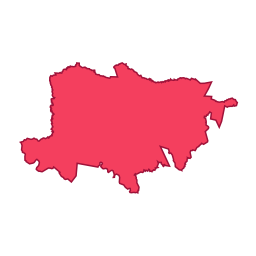 outline of Rosario, Chihuahua, Mexico, rotated 189°
{"feature_id": "50627088B90128924011430", "entity_name": "Rosario", "entity_type": "district", "adm_level": 2, "iso_a3": "MEX", "parent_name": "Mexico", "parent_adm1": "Chihuahua", "projection": "mercator", "projection_center": [-106.293, 27.279], "detail": "fine", "context": "isolated", "style": "filled", "palette": "rose", "viewbox_px": 256, "rotation_deg": 189, "n_neighbors": 0, "source": "geoboundaries", "source_scale": "gbopen_adm2", "svg_char_len": 5857}
<svg xmlns="http://www.w3.org/2000/svg" viewBox="0 0 256 256"><g transform="rotate(189 128 128)"><path d="M59.6,184.1L63.6,183.4L69.7,187.3L69.1,186.3L73.1,187.0L74.0,185.2L77.9,186.2L79.1,185.6L79.5,186.1L80.8,186.3L83.1,185.8L83.3,185.4L83.9,185.8L84.9,185.3L85.6,184.4L86.3,184.3L86.8,183.6L86.7,183.1L88.6,182.9L89.9,183.3L89.8,182.5L90.5,182.2L92.6,182.2L93.6,183.0L93.9,181.7L95.2,181.8L94.9,180.9L95.2,180.6L95.9,180.7L96.4,181.3L97.5,180.4L98.6,180.4L98.5,179.5L99.2,179.7L100.2,178.8L100.8,179.2L101.9,178.1L102.5,178.8L104.6,177.7L105.3,177.7L105.5,178.1L107.6,177.0L108.5,177.6L109.2,177.3L110.6,178.3L111.3,177.9L111.3,178.6L111.8,178.9L112.7,178.5L113.0,179.8L113.4,180.0L114.2,179.0L114.7,180.0L115.5,179.2L116.8,179.1L118.1,179.8L119.4,179.6L120.0,180.1L121.9,179.8L123.6,182.0L124.6,181.3L126.0,181.8L127.4,183.0L128.0,184.0L131.0,184.8L131.3,185.6L132.8,186.5L133.7,186.8L134.5,186.2L136.2,186.8L137.0,186.5L137.5,187.1L137.4,188.2L139.9,189.4L139.9,190.9L141.5,190.2L143.9,191.4L146.1,190.2L146.2,189.7L147.1,189.6L147.6,188.5L148.9,188.5L149.0,188.1L150.1,187.9L151.5,186.2L151.4,185.4L150.3,184.9L146.3,176.8L153.3,175.9L153.4,174.8L154.1,174.3L158.4,174.6L158.9,175.2L159.8,175.1L160.4,175.5L160.9,175.1L161.6,175.4L163.6,175.2L165.0,176.2L166.2,175.9L168.2,176.1L168.7,177.2L170.4,178.2L169.6,178.8L170.0,179.9L172.9,179.2L173.1,179.6L174.9,179.9L175.4,180.5L177.8,180.2L178.3,180.8L179.7,180.9L180.0,181.4L182.4,180.5L183.2,180.7L185.9,182.1L186.3,184.4L188.8,184.2L188.7,183.1L189.5,182.1L189.3,181.0L189.9,180.8L190.0,180.4L191.9,179.9L193.0,180.1L193.9,179.7L194.7,180.1L195.1,178.8L196.0,179.2L196.9,178.9L196.7,178.4L197.1,178.2L196.9,177.8L197.3,177.5L197.9,177.7L198.2,177.2L198.3,176.6L197.9,176.4L197.9,176.0L200.0,176.1L200.9,175.6L201.3,173.8L201.8,173.4L202.0,171.9L202.9,171.7L203.7,172.2L204.7,171.3L208.7,170.9L207.5,169.2L210.1,168.4L210.9,167.3L212.4,167.6L213.1,165.8L212.7,162.5L212.1,162.2L212.2,161.4L211.6,160.7L211.7,160.1L211.1,159.2L211.1,158.6L209.7,157.1L209.8,156.2L209.1,155.6L208.9,154.4L208.5,154.1L208.8,153.6L208.3,153.2L208.7,152.0L207.7,150.3L208.0,148.6L206.5,146.6L205.2,146.5L205.6,145.5L208.2,144.8L208.3,143.7L207.5,142.8L207.8,141.8L207.0,141.5L207.0,140.7L206.3,140.7L206.1,140.0L205.6,139.6L205.6,138.6L206.1,138.4L207.3,138.7L208.1,137.3L207.5,136.7L207.8,136.1L207.2,135.8L207.2,134.8L206.7,134.7L207.2,133.9L207.0,132.8L206.5,132.9L206.3,132.2L205.7,132.5L205.7,131.9L205.1,131.5L205.1,131.0L203.8,130.7L203.4,130.2L204.1,130.0L204.0,129.5L204.7,128.8L204.2,128.4L204.8,127.8L204.8,126.3L204.1,126.1L203.9,125.6L204.8,125.4L204.8,125.1L204.3,124.8L205.3,123.9L204.9,123.0L204.2,122.9L204.3,122.4L203.6,121.1L204.0,121.1L204.3,120.4L202.4,117.4L202.9,117.2L203.0,115.9L203.7,114.9L202.9,114.6L202.2,113.4L201.2,113.1L201.4,112.6L202.1,112.4L201.3,111.9L201.8,111.5L201.7,110.3L202.3,109.7L201.8,108.6L203.4,108.0L203.7,107.3L204.4,107.1L204.3,106.5L204.7,105.7L205.9,106.5L206.5,105.5L208.1,104.5L208.9,104.9L210.2,104.9L210.9,104.0L211.9,103.6L213.9,101.1L214.7,101.1L216.4,102.7L217.8,102.5L218.8,103.2L219.6,103.1L220.4,102.2L222.0,101.6L225.9,102.0L227.1,100.1L228.5,100.2L229.3,98.4L232.0,97.1L231.1,96.5L229.9,94.1L229.7,89.7L228.4,88.3L228.6,87.8L228.2,87.4L226.4,87.0L225.3,86.1L225.4,83.9L224.7,80.0L223.6,79.7L223.4,78.9L219.6,77.2L216.3,78.5L215.3,79.3L213.9,82.0L213.1,82.8L210.9,81.4L210.1,79.9L210.4,76.9L211.9,74.7L212.2,73.0L211.0,72.0L209.2,71.3L207.9,71.6L207.2,71.3L205.9,71.4L200.4,76.0L198.4,76.2L197.3,75.9L195.9,76.3L195.3,77.9L188.4,73.7L189.0,73.2L188.8,72.7L186.2,69.8L183.8,68.9L183.3,68.0L181.9,67.4L179.5,68.3L175.5,65.8L171.8,72.6L172.7,85.2L151.6,84.7L151.4,85.6L150.0,87.2L150.3,89.2L149.8,89.8L148.9,89.9L147.9,89.3L147.7,88.6L148.6,87.2L148.8,85.6L146.7,84.0L146.0,83.8L143.6,84.6L142.5,84.5L141.4,83.2L141.1,81.5L140.3,81.1L138.2,83.3L137.0,83.7L136.1,83.4L134.5,80.4L134.1,77.8L134.8,77.2L134.8,76.9L133.7,77.2L133.8,79.4L132.6,80.4L132.0,80.7L129.5,79.8L128.5,77.9L128.1,73.2L127.5,72.0L123.3,71.1L121.3,69.0L118.7,67.6L117.5,68.5L116.4,68.6L115.8,66.5L116.5,65.6L116.0,64.7L114.7,64.6L111.9,65.4L110.7,65.2L109.1,65.9L108.2,65.5L108.3,68.0L107.8,68.1L107.9,71.3L110.7,75.3L111.1,78.1L112.1,79.4L112.1,80.5L112.9,81.6L112.9,82.2L114.3,82.6L113.6,83.9L113.1,83.5L111.8,84.1L108.5,86.5L106.5,86.4L105.7,87.4L105.8,88.0L105.5,88.4L105.6,89.1L104.9,88.9L104.1,88.1L103.5,89.1L101.8,88.5L101.0,90.5L100.2,90.1L99.6,88.6L98.8,88.9L97.5,88.6L97.3,89.5L96.5,90.0L96.3,90.6L94.9,90.5L94.9,91.1L94.2,92.1L94.7,92.8L92.2,93.7L93.2,94.4L92.4,97.8L93.2,99.3L92.3,98.8L89.8,99.2L89.5,97.9L88.2,97.1L87.7,96.1L86.9,95.6L86.5,96.2L86.7,97.3L86.5,97.6L85.0,96.8L81.0,96.8L93.2,114.9L84.8,113.6L83.5,111.1L84.0,110.4L83.7,109.7L83.2,109.3L81.9,110.0L80.1,108.4L78.1,104.1L78.1,102.9L76.0,100.6L75.2,97.2L70.8,94.7L69.6,94.8L68.2,94.4L68.4,95.1L67.6,96.4L66.8,96.8L66.7,97.8L66.0,98.6L66.3,99.0L65.8,99.3L66.1,100.5L65.5,101.3L66.2,101.7L65.7,103.3L65.3,103.4L64.5,104.5L64.8,106.6L64.1,107.2L64.6,108.1L62.0,107.7L61.1,109.0L62.9,113.7L62.5,115.5L61.0,115.8L60.6,116.5L58.1,116.2L56.9,119.6L55.1,120.9L55.0,121.6L54.3,122.2L53.7,123.3L53.0,123.7L52.8,124.4L50.8,123.7L47.3,126.7L47.2,127.9L51.1,136.6L48.5,140.0L48.4,141.1L48.8,141.9L51.4,143.2L51.6,145.5L52.0,145.6L51.8,146.7L52.9,149.6L54.3,150.1L54.3,151.5L52.7,151.5L52.3,153.1L51.2,153.2L51.1,154.3L50.5,154.8L49.8,156.7L48.0,155.9L47.8,149.9L42.4,149.5L38.0,143.0L36.6,149.3L35.9,165.0L33.2,164.1L32.5,164.8L30.5,165.4L28.4,165.7L27.2,167.3L26.6,166.2L24.4,167.1L24.0,170.3L25.1,171.0L26.4,172.8L28.2,172.8L29.6,173.8L31.2,173.2L31.8,172.6L32.9,172.5L33.9,171.4L34.6,171.5L35.2,170.4L36.4,170.1L36.8,169.6L37.0,168.6L38.8,168.9L41.7,167.8L44.2,167.9L45.1,168.4L45.6,168.1L46.6,169.0L50.4,169.7L50.3,172.2L57.6,171.5L54.8,179.1L52.7,186.5L59.6,184.1Z" fill="#f43f5e" stroke="#9f1239" stroke-width="1.5"/></g></svg>